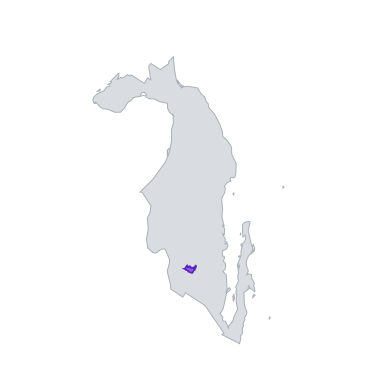 Namiquipa, Chihuahua, Mexico shown in context, rotated 213°
{"feature_id": "50627088B12522207625024", "entity_name": "Namiquipa", "entity_type": "district", "adm_level": 2, "iso_a3": "MEX", "parent_name": "Mexico", "parent_adm1": "Chihuahua", "projection": "equal_earth", "projection_center": [-107.153, 29.163], "detail": "fine", "context": "in_parent", "style": "filled", "palette": "violet", "viewbox_px": 384, "rotation_deg": 213, "n_neighbors": 0, "source": "geoboundaries", "source_scale": "gbopen_adm2", "svg_char_len": 5627}
<svg xmlns="http://www.w3.org/2000/svg" viewBox="0 0 384 384"><g transform="rotate(213 192 192)"><path d="M69.5,90.7L89.3,88.7L88.3,91.0L119.2,103.9L142.5,103.9L142.5,98.9L157.0,99.0L159.5,102.5L169.7,112.1L172.2,120.1L174.1,123.2L183.7,129.6L186.7,127.2L188.9,121.2L191.7,119.9L198.6,121.0L204.5,127.6L208.5,137.1L215.3,145.8L215.8,151.3L218.9,158.1L233.7,164.6L235.6,163.6L231.7,181.4L230.7,202.9L231.5,207.5L235.5,213.7L234.7,217.1L234.9,213.7L231.6,208.4L232.7,213.3L236.8,223.5L243.3,233.2L244.9,239.3L249.4,245.6L248.2,245.4L250.8,246.9L250.0,246.0L254.6,246.8L258.0,248.9L261.0,253.0L268.8,249.9L274.5,249.5L278.3,247.1L282.3,246.6L283.2,247.5L282.9,248.8L286.2,249.6L288.4,247.7L287.7,244.5L286.6,245.2L286.9,244.6L292.7,239.2L293.0,234.9L294.6,232.3L294.4,225.3L295.4,220.1L299.8,217.0L307.8,215.4L311.3,213.6L315.2,213.2L321.7,215.1L322.2,213.9L320.5,213.9L322.7,213.0L325.4,215.3L326.0,218.5L324.9,222.7L320.9,229.1L320.9,233.3L318.9,235.9L319.3,236.9L321.2,236.5L319.3,239.2L319.4,240.3L320.7,240.0L318.5,250.8L317.9,251.7L316.4,249.3L316.0,245.2L314.2,249.4L312.3,249.7L310.0,255.3L307.2,255.3L307.0,257.1L291.2,257.1L291.3,263.6L287.7,263.6L296.7,273.7L296.5,277.4L285.3,277.4L281.5,286.7L282.6,289.1L281.4,295.3L273.0,284.7L266.3,277.6L262.3,274.9L261.9,275.6L265.6,278.0L259.8,275.9L260.2,274.2L258.7,274.9L257.7,273.4L256.7,275.0L258.6,275.8L255.7,276.2L252.9,278.5L243.9,282.3L237.9,279.3L233.0,278.6L229.6,275.8L226.3,274.7L224.1,272.0L216.0,269.8L205.9,264.2L199.3,259.0L196.5,255.4L189.8,254.2L183.3,251.1L179.2,245.3L170.3,239.7L165.6,232.0L164.0,227.3L167.5,225.0L166.9,223.0L165.3,222.4L167.7,218.8L167.9,214.6L166.0,213.1L164.1,208.8L164.1,205.0L162.8,201.5L157.6,195.0L153.1,187.2L146.0,180.5L148.0,181.8L148.2,180.3L144.5,178.9L141.7,173.6L143.6,173.7L138.2,170.2L137.4,168.4L135.4,169.1L135.0,168.3L136.6,166.2L134.0,167.8L132.4,166.3L132.1,162.8L134.0,159.7L134.7,160.3L133.4,157.2L131.6,155.2L129.3,155.3L127.8,151.0L125.0,150.1L123.3,148.3L122.2,144.6L123.0,142.2L118.0,141.1L109.5,129.4L109.0,126.6L107.8,125.7L102.4,111.3L102.0,106.9L102.6,105.5L97.9,103.7L96.8,101.4L95.3,100.6L93.6,101.9L87.3,97.6L88.4,100.4L87.5,105.8L88.8,110.1L89.9,118.3L96.3,125.5L98.4,130.4L99.3,130.2L99.8,131.7L100.8,131.8L101.6,135.0L103.5,136.0L104.5,142.7L107.8,146.1L108.9,149.8L110.5,151.0L111.6,155.5L113.0,156.6L112.2,153.3L114.1,155.2L116.3,165.6L118.4,168.5L121.3,176.0L120.9,179.1L121.5,182.0L123.9,184.7L124.8,181.9L131.9,191.8L131.3,195.4L128.5,198.1L126.9,198.5L123.9,190.3L112.8,179.5L111.8,179.7L109.6,176.3L109.1,174.0L109.8,169.0L108.9,164.2L107.2,160.8L101.9,156.6L100.8,152.5L99.8,154.3L97.0,155.1L95.0,152.3L90.0,149.5L89.3,147.1L85.6,143.7L85.2,142.5L89.1,143.1L91.4,142.2L91.4,143.2L93.3,144.4L92.6,141.6L91.7,141.5L93.7,136.0L86.5,125.7L80.5,121.2L79.5,118.9L79.5,115.1L78.1,113.9L77.6,109.6L75.8,107.8L75.5,105.3L73.0,101.3L72.5,99.4L73.4,98.1L71.6,96.5L69.5,90.7ZM109.2,129.5L108.5,132.2L106.5,131.3L107.4,127.3L108.5,126.9L109.2,129.5ZM101.2,129.0L98.5,126.2L97.8,123.2L99.2,124.2L99.5,125.8L100.9,126.2L101.2,129.0ZM325.0,228.2L324.3,227.3L324.6,226.1L326.4,225.0L325.0,228.2ZM109.6,179.6L107.7,176.9L108.9,171.3L108.5,176.3L109.6,179.6ZM84.2,140.0L82.7,139.6L83.7,136.6L84.4,138.8L84.2,140.0ZM58.9,130.2L57.6,128.3L57.9,127.5L58.4,127.6L58.9,130.2ZM111.3,179.7L112.5,181.9L110.0,179.8L111.3,179.7ZM156.8,213.2L156.5,214.1L155.9,213.7L155.6,212.2L156.8,213.2ZM122.1,174.0L122.6,175.7L121.2,173.6L122.1,174.0ZM117.2,162.7L118.0,163.5L116.9,165.0L117.2,162.7ZM118.7,246.3L118.2,246.5L117.4,245.8L118.1,244.9L118.7,246.3ZM285.1,246.7L283.7,247.1L286.1,246.1L285.1,246.7ZM128.8,183.8L128.1,183.6L128.0,181.9L128.8,183.8Z" fill="#d9dde1" stroke="#a8b0b8" stroke-width="1"/><path d="M149.8,128.7L150.3,128.8L150.6,128.3L151.1,128.3L151.5,128.4L151.6,128.2L151.5,127.9L151.8,127.7L151.9,127.4L152.0,127.4L152.0,127.9L152.5,128.3L152.6,128.2L152.8,128.3L153.1,128.2L153.5,128.6L154.1,128.0L154.0,127.9L154.0,127.3L154.0,127.2L154.4,127.2L154.3,126.7L154.0,126.7L153.9,126.7L154.9,126.5L155.1,126.6L155.2,126.8L155.2,127.0L155.3,127.0L155.5,127.0L155.6,127.3L155.8,127.3L156.0,127.4L156.1,127.5L156.1,127.4L156.2,127.2L156.3,126.6L155.9,126.5L156.0,126.0L156.1,125.6L155.8,125.6L155.8,125.4L155.9,125.2L155.9,124.9L155.9,124.7L155.9,124.4L156.2,124.4L156.2,123.6L156.5,123.5L156.8,123.3L156.5,123.3L156.3,123.3L156.2,123.3L155.4,123.3L155.2,123.4L155.1,123.5L154.9,123.5L154.7,123.5L154.6,123.8L154.4,123.8L154.4,123.7L154.2,123.5L153.9,123.5L153.7,123.6L153.6,123.8L153.4,123.8L153.2,123.8L153.1,123.7L152.7,123.8L152.5,123.4L152.5,123.5L152.4,123.5L152.2,123.5L152.1,123.4L152.0,123.6L151.9,123.6L151.8,123.4L151.8,123.2L150.9,123.4L150.7,123.4L150.3,123.4L150.3,123.5L150.2,123.5L150.0,123.4L149.9,123.4L149.8,123.5L149.7,123.5L149.5,123.8L149.4,123.9L149.2,123.9L148.9,123.9L148.8,124.0L148.7,124.0L148.4,124.2L148.2,124.2L148.2,124.3L147.9,124.3L147.8,124.2L147.6,125.2L147.6,125.5L147.8,125.6L147.7,126.0L147.7,126.3L147.7,126.5L147.4,128.1L147.6,128.2L147.4,128.2L147.4,128.3L147.2,128.5L147.3,128.6L147.5,128.7L147.5,128.8L147.6,129.0L147.7,129.3L147.7,129.5L147.8,129.8L147.7,129.9L147.7,130.0L147.7,130.3L147.6,130.5L147.9,130.7L147.9,130.8L148.0,130.8L148.2,130.7L148.4,130.6L148.5,130.9L148.2,131.3L148.0,131.7L148.1,131.8L148.1,132.0L148.7,132.3L148.7,132.2L148.7,131.9L148.8,131.9L148.9,131.7L149.0,131.5L148.9,131.4L148.9,131.2L148.8,130.9L148.8,130.6L149.0,130.5L148.9,130.2L148.7,130.2L148.7,129.9L148.9,129.9L148.9,129.6L149.0,129.6L149.3,129.6L149.5,129.6L149.7,129.4L149.7,129.2L149.5,128.9L149.7,129.0L149.8,128.7Z" fill="#8b5cf6" stroke="#5b21b6" stroke-width="1.5"/></g></svg>